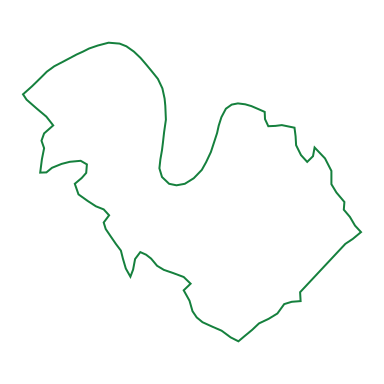 outline of Pinheirinho do Vale, Rio Grande do Sul, Brazil
{"feature_id": "56859067B54224488065456", "entity_name": "Pinheirinho do Vale", "entity_type": "district", "adm_level": 2, "iso_a3": "BRA", "parent_name": "Brazil", "parent_adm1": "Rio Grande do Sul", "projection": "robinson", "projection_center": [-53.643, -27.223], "detail": "fine", "context": "isolated", "style": "outline", "palette": "green", "viewbox_px": 384, "rotation_deg": 0, "n_neighbors": 0, "source": "geoboundaries", "source_scale": "gbopen_adm2", "svg_char_len": 1609}
<svg xmlns="http://www.w3.org/2000/svg" viewBox="0 0 384 384"><path d="M23.0,94.3L26.6,99.7L36.9,108.7L46.4,116.7L53.2,125.4L44.1,133.4L41.5,140.7L44.1,148.2L41.9,159.3L40.2,172.6L46.4,172.4L52.0,167.8L61.6,163.9L69.8,161.8L80.7,160.8L86.9,164.4L86.2,172.9L81.8,177.9L74.8,183.8L78.5,194.4L87.6,200.9L95.9,206.3L103.7,209.4L109.1,215.3L103.7,222.5L105.7,229.0L110.5,236.1L116.0,244.1L120.9,250.6L122.9,258.6L125.8,268.5L130.4,276.7L133.1,269.6L135.1,259.0L140.3,252.1L146.1,254.7L151.1,258.6L157.1,265.8L163.9,269.9L173.0,273.0L183.7,277.0L190.6,283.7L183.7,290.3L189.5,300.7L192.5,311.2L196.7,317.4L202.5,322.2L212.6,326.8L221.6,330.7L230.7,337.4L238.4,341.3L244.7,336.0L252.1,329.9L259.0,323.4L268.7,318.8L277.4,313.5L284.2,304.1L291.7,301.8L300.6,301.1L300.1,292.2L345.4,243.8L352.8,238.9L361.0,232.1L355.0,225.6L349.9,216.9L343.8,209.7L344.4,202.0L336.4,192.5L331.4,184.2L331.4,170.9L325.0,158.4L314.6,147.5L313.0,156.2L307.2,161.9L301.0,155.1L296.1,145.2L295.6,136.4L294.5,127.7L281.8,125.1L275.4,125.9L268.3,126.2L265.0,119.1L264.7,111.9L258.6,109.2L251.4,106.1L245.2,104.3L237.9,103.4L231.7,104.6L225.9,108.7L221.4,117.2L218.7,125.7L217.1,133.0L214.5,141.0L210.9,152.0L206.1,162.2L201.8,169.9L193.8,178.2L184.8,183.8L176.5,185.3L169.1,183.8L162.0,177.0L159.4,168.3L160.4,159.3L162.0,150.1L162.9,142.9L164.1,132.2L165.9,119.7L165.3,105.8L164.6,98.6L162.4,88.4L157.9,78.9L151.7,71.2L146.5,64.9L140.7,58.1L133.9,51.6L126.4,46.3L119.6,43.6L108.6,42.7L97.9,45.5L89.1,48.5L83.0,51.6L76.6,54.5L68.5,58.8L54.2,66.3L46.8,71.7L40.5,78.0L31.9,86.4L23.0,94.3Z" fill="none" stroke="#15803d" stroke-width="2"/></svg>